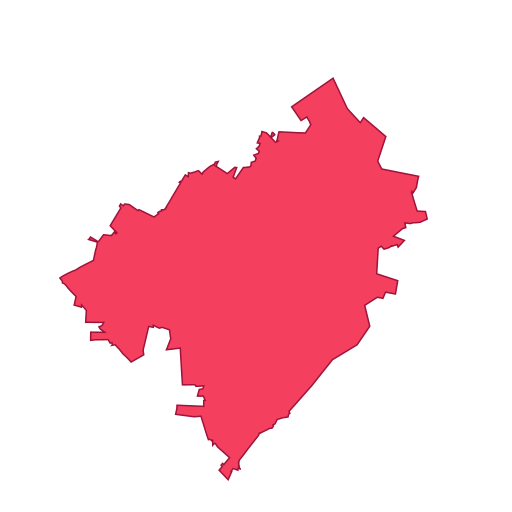 Ekurhuleni, Gauteng, South Africa, rotated 43°
{"feature_id": "47623444B61881803671589", "entity_name": "Ekurhuleni", "entity_type": "district", "adm_level": 2, "iso_a3": "ZAF", "parent_name": "South Africa", "parent_adm1": "Gauteng", "projection": "mercator", "projection_center": [28.292, -26.184], "detail": "fine", "context": "isolated", "style": "filled", "palette": "rose", "viewbox_px": 512, "rotation_deg": 43, "n_neighbors": 0, "source": "geoboundaries", "source_scale": "gbopen_adm2", "svg_char_len": 5689}
<svg xmlns="http://www.w3.org/2000/svg" viewBox="0 0 512 512"><g transform="rotate(43 256 256)"><path d="M122.4,356.8L122.3,358.1L130.5,354.1L131.9,356.0L132.0,356.1L132.1,356.3L132.2,356.5L133.7,358.9L134.1,359.5L134.1,360.1L140.1,370.1L137.5,377.1L135.0,384.1L133.5,389.8L132.6,391.3L130.4,396.6L128.6,401.8L127.8,404.9L127.6,405.9L131.4,406.4L132.7,407.7L134.9,407.0L137.6,407.1L140.5,407.7L148.2,408.2L152.0,408.3L156.5,415.9L160.7,413.7L163.2,412.5L161.8,410.8L164.6,411.0L166.8,411.2L167.5,411.3L169.1,411.5L171.5,414.5L176.7,420.7L177.3,420.0L183.9,414.0L186.0,412.1L189.9,408.4L190.4,409.9L190.7,412.2L190.5,412.5L189.9,414.4L189.7,414.4L189.6,414.5L189.2,414.5L189.0,414.8L188.9,414.8L191.8,415.6L192.1,415.6L192.8,415.6L197.1,414.9L197.5,414.9L187.1,424.4L192.6,430.5L195.7,426.8L204.9,418.0L208.7,419.2L209.8,417.7L211.7,419.1L211.6,419.4L211.6,419.5L213.5,417.0L219.8,417.4L225.3,418.3L230.9,418.3L237.0,418.7L241.3,404.8L239.5,403.4L237.5,401.6L225.6,380.7L229.5,378.2L228.1,376.7L233.1,375.2L234.6,374.6L236.0,372.2L243.0,369.0L250.1,374.7L252.2,380.0L253.4,382.9L254.4,385.7L258.5,380.9L263.4,375.0L276.5,387.5L290.1,400.4L299.1,391.8L301.0,392.3L301.9,391.3L302.2,391.1L302.7,390.5L303.0,390.2L304.5,388.6L304.8,388.3L305.1,387.9L306.3,386.6L307.7,389.4L305.5,392.2L308.7,398.4L313.0,394.4L317.4,396.2L316.3,397.3L320.3,401.6L315.2,406.0L300.0,419.0L301.9,421.2L302.2,421.6L305.2,426.6L320.5,415.7L325.0,410.7L336.9,417.5L337.1,417.6L342.3,420.6L343.9,421.4L345.7,422.4L345.8,422.3L346.2,422.4L346.3,422.5L346.5,422.7L346.7,422.4L346.7,422.1L347.1,421.8L347.3,421.7L347.6,421.6L347.9,421.5L348.0,421.5L348.3,421.4L348.5,421.3L348.7,421.1L348.9,421.0L349.0,421.0L349.4,421.1L349.6,421.4L349.9,421.4L350.0,421.3L350.0,421.1L350.1,420.8L350.1,420.7L349.9,420.7L350.0,420.4L353.4,423.9L353.4,423.7L353.5,420.7L353.5,420.9L353.7,421.0L354.0,420.9L354.8,420.9L355.6,421.3L355.9,421.4L356.6,421.3L356.8,421.4L357.1,421.6L357.8,421.8L358.0,421.8L359.9,421.8L374.2,421.5L374.7,430.5L373.0,430.4L373.1,432.8L374.8,432.9L375.1,437.8L388.2,438.6L385.3,430.3L384.7,430.5L384.2,427.1L388.8,425.0L387.6,423.7L389.7,422.5L389.6,422.4L389.0,422.4L388.8,422.4L388.7,422.3L388.3,422.2L388.2,422.1L387.9,421.8L387.4,421.6L387.2,421.4L386.9,421.3L386.6,421.0L386.5,420.7L386.3,420.6L386.2,420.6L386.1,420.3L386.2,420.8L386.0,420.6L385.8,420.6L385.7,420.3L385.6,420.2L385.3,419.9L385.0,419.6L384.8,419.2L384.7,419.2L384.5,419.3L384.3,419.3L384.1,419.2L384.0,418.7L383.8,418.5L383.8,418.3L383.7,417.9L383.7,417.7L383.4,417.3L383.0,417.0L382.5,410.4L381.8,404.0L381.4,399.8L380.2,385.4L379.2,383.2L379.8,383.0L380.9,379.9L383.7,372.5L385.1,371.1L384.8,368.6L383.6,367.9L383.9,367.2L384.4,365.9L383.0,361.1L385.8,356.2L389.2,351.9L387.8,349.4L388.0,347.9L386.1,347.2L385.9,338.1L385.3,316.3L385.3,314.9L385.3,314.1L385.2,312.6L385.2,312.4L384.4,302.7L382.7,280.6L382.6,279.8L390.5,252.0L387.1,229.8L369.2,218.0L369.3,217.4L371.4,209.1L372.9,203.4L377.7,200.4L375.4,194.1L383.9,188.7L376.5,177.4L356.4,186.7L340.0,166.9L341.0,163.4L345.0,163.7L347.6,159.1L348.3,156.0L348.7,156.2L351.4,151.4L353.9,152.6L353.9,143.4L343.0,147.8L343.4,144.8L344.5,136.0L346.2,133.1L342.3,130.3L345.0,128.3L346.6,127.2L346.8,126.8L348.1,124.8L348.8,124.0L351.0,121.8L352.9,119.5L353.2,119.1L354.4,116.0L356.0,112.2L349.6,107.9L343.2,113.2L342.3,112.7L333.4,107.6L327.9,104.3L326.7,103.9L326.7,103.6L326.5,103.0L326.3,102.8L326.1,102.5L327.8,102.7L326.9,97.9L326.7,96.7L322.9,90.8L322.0,89.4L320.6,86.8L311.4,92.5L303.7,97.3L288.6,106.6L280.3,103.6L269.5,80.1L240.3,81.4L241.3,87.4L225.2,86.2L222.2,85.9L191.1,73.4L182.7,111.6L180.3,122.6L196.6,126.2L198.4,119.6L199.3,120.0L200.5,120.3L200.9,120.5L201.5,120.7L202.9,121.0L203.7,121.3L205.1,122.1L205.7,122.3L206.0,122.4L206.5,122.4L207.6,128.7L207.7,129.1L207.7,129.3L208.2,132.5L207.9,132.7L207.7,132.8L204.8,135.3L204.6,135.6L204.2,135.9L204.1,136.0L193.8,144.7L191.9,146.3L189.4,148.3L189.0,148.8L188.8,148.9L188.7,149.0L188.1,149.6L191.8,155.9L192.5,157.3L193.7,156.8L192.8,159.5L186.3,159.2L187.1,154.5L186.6,154.3L186.0,154.3L185.5,154.3L185.0,154.2L184.5,154.3L183.9,154.3L183.6,154.5L183.7,154.9L184.8,157.2L185.0,157.5L185.2,157.8L185.2,158.1L185.3,158.6L185.4,159.1L185.1,159.0L179.7,158.8L175.4,160.9L177.8,164.7L176.8,166.0L177.7,166.6L179.8,172.4L182.3,170.9L183.4,173.7L183.1,177.3L187.0,177.2L187.8,179.4L185.6,183.8L189.1,184.4L189.3,184.3L190.7,187.1L189.0,190.1L188.8,190.7L188.7,190.8L188.9,191.0L191.0,193.9L190.2,195.9L189.4,196.4L189.5,196.7L186.4,199.9L188.4,213.5L185.6,214.0L181.6,204.5L180.0,205.6L178.8,215.3L165.3,217.7L165.5,216.7L164.9,216.1L163.9,212.6L162.2,215.1L163.4,218.0L162.5,218.1L161.2,222.1L161.1,222.6L161.0,223.1L160.9,223.8L160.8,224.9L160.7,225.5L160.5,227.2L160.5,227.4L160.2,229.2L160.1,231.1L160.2,231.4L160.7,232.1L160.7,232.9L161.2,233.0L161.5,233.0L155.8,232.8L155.3,233.6L154.8,234.4L153.5,237.3L153.3,237.3L151.8,239.9L150.1,241.0L149.8,241.1L152.3,244.3L149.0,244.9L149.9,249.4L150.0,249.5L150.0,249.8L150.5,251.9L150.3,252.1L150.2,252.2L150.1,252.5L149.9,252.9L149.5,254.0L149.6,254.4L150.9,253.7L154.7,271.3L155.1,272.7L155.8,276.0L156.1,277.5L157.0,281.7L157.3,281.7L157.3,283.5L157.6,283.5L156.9,285.3L155.6,286.4L156.0,286.5L155.7,288.0L155.9,288.0L155.1,289.0L154.6,291.3L155.9,291.5L155.2,295.0L155.1,295.3L155.1,295.5L154.8,297.0L145.0,300.0L138.8,301.9L138.8,303.3L131.8,304.3L128.2,304.8L124.6,307.4L124.4,307.7L124.8,309.6L123.4,310.1L121.5,310.2L122.1,312.7L124.4,313.0L128.7,333.3L138.5,333.9L138.4,335.3L136.0,335.2L136.3,338.5L136.2,338.5L136.3,339.7L130.0,344.4L130.9,352.2L130.7,353.2L122.0,355.0L122.3,356.5L122.4,356.4L122.4,356.8Z" fill="#f43f5e" stroke="#9f1239" stroke-width="1.5"/></g></svg>